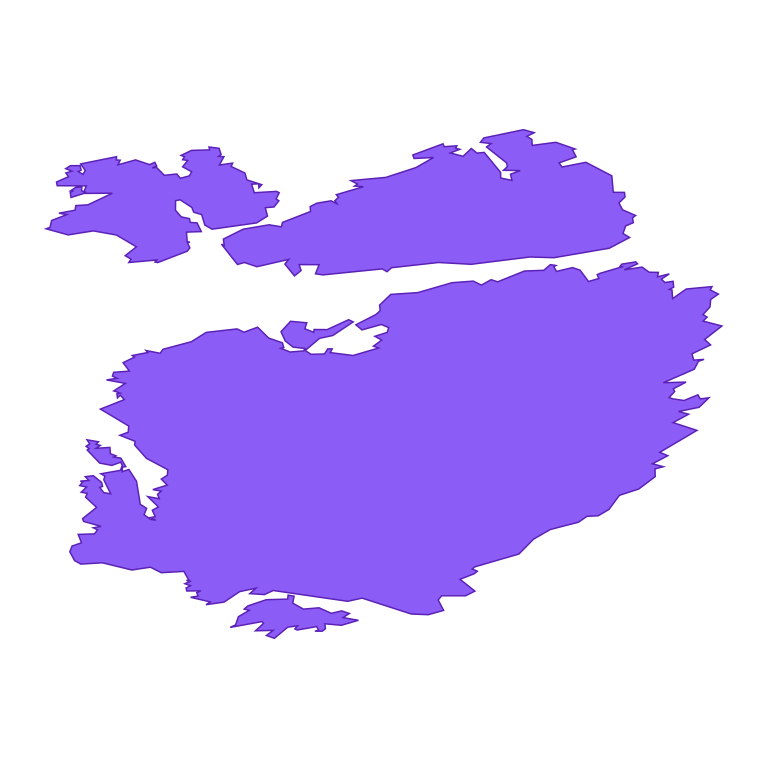 outline of Kristiansund nor, Møre og Romsdal, Norway
{"feature_id": "86288312B88311782618273", "entity_name": "Kristiansund nor", "entity_type": "district", "adm_level": 2, "iso_a3": "NOR", "parent_name": "Norway", "parent_adm1": "Møre og Romsdal", "projection": "robinson", "projection_center": [7.776, 63.078], "detail": "fine", "context": "isolated", "style": "filled", "palette": "violet", "viewbox_px": 768, "rotation_deg": 0, "n_neighbors": 0, "source": "geoboundaries", "source_scale": "gbopen_adm2", "svg_char_len": 6069}
<svg xmlns="http://www.w3.org/2000/svg" viewBox="0 0 768 768"><path d="M555.9,265.5L550.4,264.6L543.8,270.3L524.5,271.0L497.7,281.8L491.1,279.7L481.4,285.1L473.3,281.1L452.0,282.7L417.8,292.6L390.8,294.4L379.6,305.1L380.2,310.6L376.0,314.5L355.9,324.8L362.0,329.9L381.3,324.5L388.7,327.6L387.2,332.4L374.9,336.3L381.7,340.1L373.4,346.2L378.6,348.0L353.1,355.5L330.2,352.6L332.2,348.9L327.7,348.9L324.5,354.0L311.0,354.3L305.2,350.5L319.6,338.3L332.8,335.5L353.2,321.9L348.6,319.7L327.2,329.6L314.1,329.5L313.8,332.3L304.8,328.8L306.8,322.8L290.6,321.3L281.0,331.7L285.2,340.9L293.1,347.1L304.9,348.5L303.7,350.9L290.1,352.0L280.7,348.3L283.8,347.5L282.4,342.8L268.7,338.1L257.6,327.2L244.0,332.2L237.0,328.9L206.2,332.4L191.4,341.7L162.9,349.3L160.2,353.3L146.0,350.5L147.8,352.5L132.3,355.5L134.5,357.1L123.1,362.7L129.4,371.1L113.7,372.3L112.4,376.1L117.1,378.3L106.5,379.9L125.3,383.4L113.8,390.9L120.1,393.0L116.9,393.8L117.5,397.9L120.3,395.2L124.3,399.6L100.4,409.1L128.7,426.0L128.2,432.2L119.9,435.3L135.1,441.3L134.6,445.0L146.4,458.3L167.8,469.7L167.4,475.2L161.3,479.1L167.2,485.1L152.8,489.6L161.3,491.1L157.5,494.3L159.3,498.7L147.8,496.6L158.4,507.0L152.3,510.2L155.2,516.7L150.7,517.5L155.8,520.3L150.4,519.3L144.1,514.7L146.6,508.3L140.3,504.4L136.5,481.2L128.9,469.5L122.1,471.7L122.6,467.1L125.8,466.6L120.8,458.1L113.7,457.0L115.9,455.8L110.4,453.7L109.9,447.4L96.1,448.3L100.3,445.4L96.0,444.2L98.5,441.8L87.0,439.8L89.7,443.9L86.1,446.3L89.2,448.6L87.2,450.0L99.7,463.1L111.9,465.4L120.7,462.2L122.2,465.4L120.5,470.3L100.8,473.8L104.9,476.0L103.8,479.8L110.7,493.8L103.7,492.6L99.8,487.4L102.6,486.4L101.5,482.3L93.3,475.7L85.3,476.7L88.8,480.5L80.3,481.1L82.7,481.9L79.7,485.6L86.6,487.0L81.2,492.2L87.2,493.4L85.6,497.2L96.6,507.4L82.6,518.6L83.6,521.4L101.1,526.4L93.3,527.8L97.5,529.8L94.5,533.9L78.2,534.4L81.5,542.8L72.1,546.0L69.8,551.8L74.6,560.6L80.9,564.1L102.3,562.8L131.9,570.0L150.4,567.2L161.3,572.7L183.9,571.4L188.8,580.1L186.4,580.4L190.1,581.3L184.9,583.7L190.5,585.7L186.1,588.0L186.8,591.0L200.9,590.8L196.7,592.7L198.2,596.0L190.6,597.3L210.2,601.9L206.0,604.7L224.1,602.1L239.7,591.6L255.9,588.2L249.8,593.6L264.4,594.6L273.2,590.5L347.7,601.3L362.1,598.1L411.2,614.0L428.3,614.7L443.6,610.4L438.2,600.0L441.6,595.8L465.6,595.8L474.9,591.1L460.0,579.3L474.5,573.6L477.3,571.2L472.2,569.0L475.0,566.8L518.9,554.0L533.6,539.1L550.3,529.5L578.5,522.2L587.0,516.3L598.1,515.8L609.0,509.4L619.4,495.3L638.8,489.0L655.2,476.6L655.0,468.9L663.3,466.7L652.4,463.8L667.8,455.7L659.8,452.3L696.9,430.4L673.0,422.6L688.6,414.2L678.5,411.5L699.1,407.3L708.9,397.8L700.2,398.9L697.9,394.8L684.1,400.5L672.5,398.8L669.1,397.5L674.7,391.5L673.3,388.8L686.1,382.1L663.3,382.7L694.3,369.2L698.4,361.3L704.1,359.4L693.7,360.1L692.0,353.8L710.6,344.9L704.6,339.5L721.9,326.0L703.1,321.1L707.1,317.1L703.0,314.6L710.0,306.9L710.7,299.4L718.4,294.1L710.2,289.9L712.0,286.6L686.3,289.0L672.6,298.6L672.0,290.0L669.3,289.4L673.7,287.2L673.1,281.3L664.9,282.5L661.4,279.1L669.3,273.9L657.5,276.8L658.4,272.4L649.1,272.2L642.1,267.1L624.3,269.8L637.6,263.8L635.7,261.9L621.9,264.1L620.1,266.2L622.1,266.8L599.8,273.4L597.2,274.7L598.8,278.5L588.5,281.5L580.1,270.2L572.5,267.6L556.5,271.4L553.8,266.7L555.9,265.5ZM523.5,129.7L483.9,137.9L480.4,142.3L491.0,143.6L486.5,147.0L506.6,162.9L507.4,166.6L503.5,170.3L520.3,170.6L510.5,174.2L511.9,180.4L500.7,178.0L500.6,172.4L484.2,152.4L477.0,153.1L471.3,148.5L463.1,156.3L450.3,153.0L459.8,149.3L455.6,148.3L456.8,145.8L444.2,146.7L443.0,143.8L412.8,155.0L414.1,158.5L433.6,157.5L415.9,167.6L385.8,177.4L351.0,180.6L357.6,184.1L354.5,186.1L363.5,186.7L336.3,194.7L338.5,197.3L334.9,200.7L336.9,203.7L331.0,200.8L316.8,203.2L310.2,206.6L310.5,211.5L282.5,222.4L281.4,226.8L269.1,224.8L243.1,229.2L223.4,239.1L224.2,245.5L221.4,244.1L237.5,264.5L244.4,262.5L256.9,266.7L288.8,259.4L284.9,264.1L294.5,275.9L301.1,270.5L299.1,264.6L319.1,264.7L315.5,273.8L322.8,274.9L382.2,268.9L387.0,271.7L391.6,267.7L438.5,262.5L471.2,264.3L529.9,257.0L553.9,257.7L609.3,248.2L629.6,237.5L623.0,233.5L625.7,225.9L633.3,222.7L632.5,217.8L635.6,215.5L622.5,209.8L619.0,202.9L625.0,197.0L624.5,192.4L613.3,192.3L611.8,175.8L585.9,162.3L562.0,167.0L559.1,162.9L576.1,156.8L572.5,149.7L575.1,149.0L555.9,142.3L532.2,145.4L531.9,139.5L526.8,136.4L534.2,132.7L523.5,129.7ZM219.1,148.3L209.0,147.0L209.6,149.9L191.5,150.4L181.1,155.4L184.5,156.8L182.6,159.7L187.7,160.5L182.6,166.8L191.6,171.7L189.5,175.8L180.3,178.3L176.8,174.0L164.3,175.3L156.5,167.4L152.2,167.9L156.7,166.1L154.8,162.3L149.6,164.6L135.6,159.9L118.0,164.8L120.2,160.2L116.4,160.0L116.5,156.7L80.7,163.9L85.2,170.4L83.0,174.4L78.2,171.6L81.2,170.1L80.0,165.6L70.3,165.7L65.7,168.7L72.0,171.1L65.9,173.0L68.5,176.7L56.5,182.0L57.2,185.7L86.4,185.9L84.2,190.9L86.4,193.3L81.6,190.7L81.8,186.8L75.5,187.5L70.6,190.8L73.5,190.8L70.3,192.5L71.0,197.5L84.0,193.4L112.4,193.2L88.0,204.8L75.8,205.6L75.1,210.2L58.9,213.2L66.8,214.6L51.6,220.5L50.0,227.4L46.1,228.8L68.2,234.9L93.3,230.9L116.4,235.0L136.4,246.8L125.2,255.7L131.1,259.1L128.8,262.5L156.8,260.0L155.0,262.0L157.7,262.6L187.2,251.2L189.9,247.9L187.5,242.9L189.9,242.0L187.2,241.9L186.5,232.1L201.3,231.6L197.1,222.9L190.2,222.4L189.5,218.6L181.3,216.9L175.5,210.3L175.6,200.6L180.2,199.8L191.9,207.5L193.7,212.2L201.7,214.6L204.8,225.0L212.0,229.2L256.6,222.9L267.5,216.1L265.3,207.7L274.0,207.0L278.9,200.8L276.1,198.9L279.2,192.8L276.7,191.4L254.3,192.7L251.6,184.2L258.7,183.8L258.9,187.8L261.8,184.7L246.9,179.9L244.9,173.0L231.2,166.5L232.6,163.1L219.4,165.0L223.9,156.7L218.6,156.4L221.1,154.5L219.1,148.3ZM292.7,603.1L294.1,596.2L288.1,595.1L287.7,599.1L266.3,599.7L247.9,605.9L244.2,609.1L249.3,610.3L238.4,616.7L235.6,624.9L230.2,627.4L262.0,621.6L263.5,623.4L255.5,630.8L273.1,630.4L266.4,635.5L274.4,638.3L287.7,627.2L297.6,625.8L294.9,628.9L297.2,630.0L316.7,626.6L318.6,630.2L314.9,631.2L322.3,631.2L325.4,628.7L324.9,623.8L341.4,625.3L358.4,620.3L343.0,617.6L349.4,613.5L341.7,610.9L331.3,613.3L319.0,607.8L303.4,609.1L292.7,603.1Z" fill="#8b5cf6" stroke="#5b21b6" stroke-width="1.5"/></svg>